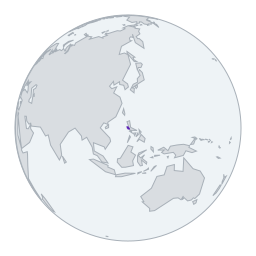 Zambales on an orthographic globe, rotated 340°
{"feature_id": "PHL-2560", "entity_name": "Zambales", "entity_type": "Province", "adm_level": 1, "iso_a3": "PHL", "parent_name": "Philippines", "parent_adm1": "", "projection": "orthographic", "projection_center": [120.095, 15.304], "detail": "fine", "context": "on_globe", "style": "filled", "palette": "violet", "viewbox_px": 256, "rotation_deg": 340, "n_neighbors": 0, "source": "natural_earth", "source_scale": "10m", "svg_char_len": 9707}
<svg xmlns="http://www.w3.org/2000/svg" viewBox="0 0 256 256"><g transform="rotate(340 128 128)"><circle cx="128" cy="128" r="113" fill="#eef3f6" stroke="#a8b0b8"/><path d="M221.6,172.4L221.5,173.1L221.4,173.2L221.6,172.4ZM191.8,35.1L185.2,31.5L182.7,32.4L185.7,35.2L182.1,32.9L190.3,40.4L191.4,44.1L187.8,38.5L185.7,36.9L185.3,38.4L183.0,37.2L181.5,37.3L178.8,35.8L176.9,33.0L175.1,32.1L174.9,33.3L172.1,32.8L172.6,31.1L167.8,30.2L163.8,26.2L167.4,24.2L162.9,21.9L160.7,20.2L158.6,19.6L158.0,19.4L166.9,22.3L175.5,25.9L183.8,30.2L191.8,35.1ZM149.1,17.4L147.7,17.1L149.1,17.4ZM234.0,95.6L233.1,93.3L233.8,94.1L234.0,95.6ZM232.4,92.3L232.8,93.0L232.5,92.5L232.4,92.3ZM232.1,92.2L232.4,92.3L232.2,92.5L232.1,92.2ZM231.9,92.5L232.0,92.2L232.0,92.4L231.9,92.5ZM231.1,92.1L230.8,91.9L230.9,91.4L231.1,92.1ZM191.7,35.2L190.7,34.5L193.4,36.3L193.1,36.2L191.7,35.2ZM188.4,37.7L188.3,36.9L189.2,38.2L188.4,37.7ZM181.7,37.6L182.5,38.3L181.4,38.2L181.7,37.6ZM176.2,35.8L174.2,35.4L175.9,35.2L176.2,35.8ZM172.8,34.9L168.0,34.5L169.2,35.9L163.0,31.9L169.2,33.4L171.1,32.9L171.2,33.9L172.8,34.9ZM153.4,18.3L161.1,20.4L160.5,20.4L158.0,19.6L158.7,20.2L154.6,19.1L153.3,18.5L154.5,18.7L152.0,18.2L153.3,18.2L153.4,18.3ZM160.3,30.0L158.9,29.6L160.0,29.5L160.3,30.0ZM149.2,17.4L150.9,17.7L150.5,17.7L147.2,17.1L148.4,17.3L149.2,17.4ZM160.9,20.9L160.0,21.0L156.5,20.1L155.6,20.0L154.4,19.1L160.9,20.9ZM147.5,17.1L145.5,16.8L143.9,16.5L147.6,17.1L147.5,17.1ZM151.8,18.1L151.5,18.1L150.6,17.8L151.8,18.1ZM144.8,16.7L145.4,16.8L145.6,16.9L144.0,16.7L144.8,16.7ZM152.0,18.6L150.7,18.3L152.3,18.9L149.7,18.4L149.4,18.0L148.4,18.0L147.6,17.8L148.2,17.6L152.0,18.6ZM143.0,16.8L141.7,16.3L138.1,15.9L143.8,16.6L143.0,16.8ZM146.0,17.3L144.1,16.9L145.0,16.9L146.8,17.2L146.0,17.3ZM148.0,18.3L152.1,19.2L152.1,19.3L148.0,18.3ZM141.8,16.6L142.1,16.8L141.4,16.6L141.8,16.6ZM145.9,17.8L147.4,18.0L145.9,17.8ZM141.6,16.9L141.2,16.7L142.4,16.8L141.6,16.9ZM143.4,17.3L142.9,17.4L143.1,17.0L144.1,17.4L143.4,17.3ZM145.6,17.8L146.0,17.9L145.0,17.7L145.6,17.8ZM137.2,16.8L137.1,16.3L139.8,16.4L139.5,16.9L137.2,16.8ZM33.5,66.7L34.4,65.4L31.3,71.7L31.6,73.7L38.1,65.7L37.7,62.1L41.2,57.4L44.5,56.6L45.4,60.4L46.8,58.7L49.2,53.2L52.5,51.4L50.4,51.2L49.0,53.3L47.6,53.4L48.9,51.6L50.0,50.9L50.6,49.3L45.1,53.6L43.1,56.1L42.8,54.8L39.3,59.1L38.1,60.3L43.5,53.6L45.3,51.6L51.7,45.2L58.7,39.2L66.3,33.8L71.1,30.8L71.3,30.8L68.2,32.6L65.5,34.4L63.6,36.5L64.5,36.2L68.0,34.1L67.0,35.2L70.7,32.9L71.7,33.6L73.6,31.0L77.8,29.0L80.8,28.4L82.5,27.4L77.6,28.5L75.4,29.5L72.9,30.9L67.1,33.7L66.8,33.6L74.1,29.3L74.5,28.9L80.1,26.2L89.8,24.1L91.7,24.8L85.6,29.8L82.7,30.5L83.4,28.9L78.7,32.1L81.0,31.0L80.2,32.0L84.0,30.9L83.6,31.6L88.0,29.4L87.9,30.2L85.2,31.5L90.8,31.0L91.8,32.5L93.3,32.1L94.6,31.2L95.1,34.1L96.1,33.7L96.4,32.5L98.6,31.0L102.8,29.6L102.7,30.7L101.2,31.3L98.0,34.5L94.0,36.4L94.4,36.7L97.8,35.4L101.8,31.5L104.3,30.4L102.8,32.1L103.6,31.4L104.8,31.2L106.0,32.1L107.8,30.2L121.5,27.9L125.1,29.9L122.3,31.4L131.8,32.1L135.2,35.0L135.4,33.8L140.1,33.9L139.1,32.9L139.6,32.4L151.2,32.9L153.9,34.2L159.1,33.8L159.2,33.3L157.5,32.3L163.0,31.9L169.2,35.9L168.7,36.7L172.9,38.9L171.0,40.8L171.4,43.6L166.9,44.9L167.6,47.3L169.2,47.9L171.4,51.9L170.3,58.6L164.1,50.3L164.3,41.4L163.6,44.6L161.7,43.2L160.1,44.0L159.8,46.5L161.1,47.2L149.8,49.0L144.9,55.9L150.3,56.3L153.0,59.1L152.2,69.0L139.2,81.2L142.7,86.4L142.4,89.6L138.3,91.0L138.6,86.4L135.1,84.3L135.9,81.6L129.5,82.9L130.3,79.2L124.9,82.4L126.2,85.5L131.5,85.5L126.5,90.2L131.0,96.2L130.8,102.8L120.4,113.3L111.0,115.7L110.3,117.7L107.0,114.9L102.0,118.4L107.5,131.2L107.1,134.6L99.3,140.2L99.2,137.6L90.5,130.0L88.4,138.0L95.0,145.8L97.2,154.1L91.9,150.9L89.7,143.5L86.6,140.6L87.8,133.6L86.0,122.6L80.7,123.7L81.5,119.5L78.2,110.0L70.7,111.4L58.7,120.2L56.4,130.8L52.6,134.6L49.4,117.7L50.7,107.2L47.8,107.3L46.0,97.2L37.8,93.1L38.2,90.2L36.3,90.6L35.3,86.8L36.5,82.2L35.1,81.6L32.4,93.8L34.0,94.6L37.5,91.5L36.3,95.6L37.5,100.4L30.6,107.9L21.1,110.9L22.7,102.8L28.9,79.0L30.2,76.9L30.3,76.7L30.5,76.2L28.4,79.3L30.4,75.0L24.3,90.6L22.1,96.9L20.9,111.3L20.4,112.3L20.8,115.6L25.2,115.8L24.6,118.4L21.0,129.0L17.2,141.5L19.2,153.6L21.4,163.1L22.1,166.5L19.7,158.9L17.8,151.1L16.4,143.2L15.6,135.3L15.4,127.3L15.7,119.3L16.6,111.3L18.1,103.4L20.1,95.7L22.7,88.1L25.8,80.7L29.4,73.6L33.5,66.7ZM46.9,49.8L43.7,53.3L44.5,52.3L44.2,52.8L46.9,49.8ZM43.7,69.4L45.9,71.9L49.5,65.6L50.7,66.2L51.5,64.0L49.7,65.2L52.3,59.5L55.0,59.0L57.1,56.7L56.4,55.8L51.1,57.7L47.4,65.7L44.9,67.4L43.7,69.4ZM145.0,16.6L143.2,16.4L141.7,16.2L142.3,16.3L145.0,16.6ZM140.9,16.1L140.0,16.0L140.9,16.1ZM126.7,15.4L127.4,15.4L132.1,15.5L133.0,15.6L130.9,15.5L133.4,15.7L130.1,15.8L130.7,15.9L128.1,16.3L123.7,16.3L124.7,16.5L122.8,17.0L119.0,17.3L120.8,16.8L115.4,17.6L115.7,17.1L115.0,17.2L113.8,17.0L111.2,17.1L111.9,16.9L110.6,17.1L109.7,17.1L108.2,17.3L108.8,17.1L107.0,17.4L108.3,17.1L105.5,17.6L116.0,16.0L126.7,15.4ZM136.3,16.9L131.0,16.7L128.5,16.4L134.1,16.0L134.0,15.8L137.5,15.9L141.0,16.3L139.7,16.2L139.2,16.3L138.3,16.1L138.7,16.3L136.9,16.3L136.7,16.4L135.0,16.3L136.3,16.9ZM68.2,32.7L68.2,32.8L67.3,33.3L66.3,33.9L68.2,32.7ZM103.0,20.7L104.4,20.2L104.9,20.2L108.9,19.3L109.0,19.8L106.7,20.5L103.0,20.7ZM36.8,66.5L35.4,67.6L35.9,66.4L36.3,66.3L36.8,66.5ZM37.1,61.9L36.0,64.0L36.7,62.5L37.1,61.9ZM103.7,21.1L105.4,20.7L104.4,21.2L103.7,21.1ZM109.3,20.2L108.6,20.7L109.5,19.8L109.3,20.2ZM70.0,221.9L72.4,223.3L71.2,222.9L70.0,221.9ZM26.1,166.5L30.3,181.7L28.9,180.4L26.3,175.1L23.2,165.4L24.1,164.1L23.9,160.2L26.1,166.5ZM125.8,175.4L129.3,176.1L129.2,176.6L125.8,175.4ZM122.1,173.3L126.1,173.8L121.5,174.4L122.1,173.3ZM127.7,174.0L131.7,173.4L133.5,172.7L133.2,173.7L127.7,174.0ZM119.5,173.1L105.1,171.5L99.6,169.5L100.8,167.9L109.8,169.4L119.5,173.1ZM100.4,167.7L91.9,161.4L81.0,144.5L84.9,145.4L96.5,156.3L95.7,157.8L100.8,162.6L100.4,167.7ZM121.1,160.5L120.3,165.2L112.3,164.0L108.7,162.8L106.2,156.4L107.6,153.4L110.5,153.8L122.2,144.4L126.2,147.4L122.5,151.5L125.8,156.0L121.1,160.5ZM56.7,131.9L58.4,138.9L56.4,139.4L56.7,131.9ZM127.2,137.3L122.3,141.6L126.9,135.7L127.2,137.3ZM130.1,131.7L130.2,134.1L128.4,131.6L130.1,131.7ZM109.9,121.0L106.8,121.1L106.9,119.5L110.9,118.3L109.9,121.0ZM130.5,108.4L130.0,113.3L129.2,114.9L128.0,111.8L130.5,108.4ZM106.9,26.8L101.2,27.2L97.2,28.3L95.0,30.0L95.6,28.0L101.8,26.3L106.9,26.8ZM119.7,27.6L121.6,26.5L122.4,27.1L122.1,27.4L119.7,27.6ZM119.7,26.8L118.9,25.3L121.0,24.7L121.2,26.0L119.7,26.8ZM111.1,22.5L109.4,22.6L110.2,22.1L111.1,22.5ZM195.0,213.0L196.1,213.4L192.9,216.2L188.5,219.2L184.6,220.6L195.0,213.0ZM163.7,222.2L163.6,219.3L168.2,218.9L166.3,221.6L163.7,222.2ZM198.1,210.7L201.0,207.6L202.1,204.2L201.7,207.2L203.9,206.8L197.0,212.9L198.1,210.7ZM146.7,209.6L124.7,214.7L119.8,213.6L120.9,211.0L116.1,202.3L117.7,202.6L116.5,196.8L129.4,192.6L138.6,183.4L146.0,184.4L151.5,177.5L159.1,178.2L156.9,183.8L164.9,187.6L170.2,175.1L175.2,188.5L181.1,193.1L182.8,201.1L172.6,214.5L166.7,217.1L165.5,216.0L163.0,217.3L159.1,216.9L156.9,212.7L154.5,214.0L156.8,210.8L153.3,213.6L151.2,210.8L146.7,209.6ZM201.4,185.5L202.5,185.7L204.3,187.8L202.5,187.5L201.4,185.5ZM218.7,175.7L219.2,176.6L218.1,177.1L218.7,175.7ZM221.4,173.2L220.0,174.0L221.6,172.4L221.4,173.2ZM207.4,177.2L208.0,178.0L207.5,178.3L207.4,177.2ZM206.9,177.0L207.6,175.6L207.5,176.9L206.9,177.0ZM201.5,170.2L202.1,169.5L202.5,170.0L201.5,170.2ZM134.5,176.5L139.4,173.2L142.0,173.0L134.5,176.5ZM200.4,168.8L198.7,168.8L198.9,168.1L200.4,168.8ZM200.6,167.1L200.4,166.1L201.5,168.4L200.6,167.1ZM197.2,165.0L199.3,166.7L196.9,165.2L197.2,165.0ZM195.9,165.3L194.4,164.6L194.5,164.2L195.9,165.3ZM178.6,167.1L184.4,173.1L179.7,173.0L174.6,169.2L170.6,172.7L161.5,171.9L163.6,169.8L162.3,166.4L153.1,164.7L151.2,162.4L154.5,161.1L148.4,159.0L155.0,158.3L157.8,163.0L161.6,159.6L168.2,160.7L174.6,162.3L179.8,165.7L178.6,167.1ZM155.1,168.3L156.3,168.4L155.3,169.7L155.1,168.3ZM191.4,162.2L193.7,164.3L193.4,164.8L192.3,164.5L191.4,162.2ZM181.0,164.9L186.6,161.2L187.9,161.2L184.2,165.5L181.0,164.9ZM185.2,158.8L187.8,159.3L189.2,161.4L188.7,162.0L185.2,158.8ZM141.5,163.4L141.3,164.6L139.5,163.6L141.5,163.4ZM143.7,162.8L148.9,164.5L143.3,163.8L143.7,162.8ZM128.2,157.3L129.7,160.4L134.4,158.8L130.8,161.3L134.0,166.5L133.0,168.2L129.7,162.7L128.7,168.1L126.6,167.8L125.4,163.0L127.5,157.4L129.6,155.2L138.1,154.9L128.2,157.3ZM143.7,159.1L142.3,155.6L143.3,153.3L144.8,155.2L143.7,159.1ZM138.4,146.9L134.8,142.6L131.6,143.9L138.3,138.8L140.5,143.7L138.4,146.9ZM135.5,137.8L132.4,139.0L135.7,135.9L135.5,137.8ZM131.7,137.5L131.4,134.7L133.8,135.3L131.7,137.5ZM137.1,138.1L137.8,133.3L139.0,136.2L137.1,138.1ZM130.7,128.3L135.6,133.4L129.0,130.8L129.2,121.7L132.0,121.7L130.7,128.3ZM149.2,93.7L148.7,91.2L151.4,90.8L151.0,92.6L149.2,93.7ZM159.7,88.3L152.0,90.0L145.7,91.7L147.5,92.9L145.7,97.0L143.2,92.9L147.9,88.7L152.6,88.2L153.6,84.8L157.3,82.8L157.0,78.6L158.7,77.0L160.4,80.8L159.7,88.3ZM156.6,76.8L157.4,69.8L162.3,71.2L163.2,73.1L160.8,75.6L158.4,74.7L156.6,76.8ZM159.0,68.6L156.6,67.7L152.8,57.4L153.2,55.7L158.7,63.8L156.8,63.5L156.9,65.9L159.0,68.6ZM159.2,30.2L158.9,29.7L160.0,30.3L159.2,30.2ZM138.9,31.9L139.7,31.3L141.0,31.9L138.9,31.9ZM142.6,30.0L140.6,29.8L142.8,29.6L142.6,30.0ZM136.2,29.5L139.9,29.5L136.3,30.2L136.2,29.5Z" fill="#d9dde1" stroke="#a8b0b8" stroke-width="1"/><path d="M128.2,128.8L128.2,129.0L128.0,128.9L128.0,129.0L127.9,128.8L127.9,128.7L127.9,128.2L127.8,127.9L127.7,127.9L127.6,127.7L127.8,127.6L127.7,127.6L127.6,127.4L127.7,127.2L127.8,127.0L127.8,126.9L128.0,127.0L128.3,127.3L128.1,127.7L128.1,127.8L128.2,128.0L128.3,128.0L128.5,128.2L128.5,128.3L128.6,128.5L128.7,128.8L128.3,128.7L128.2,128.8Z" fill="#8b5cf6" stroke="#5b21b6" stroke-width="1.5"/></g></svg>